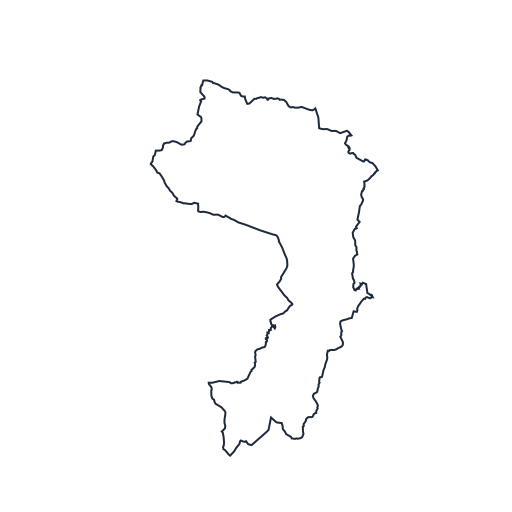 Stulpicani, Suceava, Romania (Equal Earth projection), rotated 49°
{"feature_id": "2599482B89985911923271", "entity_name": "Stulpicani", "entity_type": "district", "adm_level": 2, "iso_a3": "ROU", "parent_name": "Romania", "parent_adm1": "Suceava", "projection": "equal_earth", "projection_center": [25.775, 47.4], "detail": "fine", "context": "isolated", "style": "outline", "palette": "slate", "viewbox_px": 512, "rotation_deg": 49, "n_neighbors": 0, "source": "geoboundaries", "source_scale": "gbopen_adm2", "svg_char_len": 6151}
<svg xmlns="http://www.w3.org/2000/svg" viewBox="0 0 512 512"><g transform="rotate(49 256 256)"><path d="M389.7,406.5L389.1,400.6L387.8,396.7L387.0,391.8L385.4,389.6L385.3,388.5L387.6,387.4L389.1,386.1L389.2,385.0L392.9,385.4L395.8,383.4L395.7,362.8L395.4,360.5L387.7,350.6L394.4,349.8L395.8,349.1L398.9,346.2L401.5,347.3L404.3,349.3L407.7,349.4L410.2,350.1L415.4,348.3L417.1,348.7L419.6,346.5L420.3,345.0L421.4,344.3L422.7,341.8L423.0,340.0L421.4,336.9L419.3,335.7L415.5,332.6L415.6,331.4L414.1,330.4L413.3,327.0L411.8,324.7L411.9,322.3L413.9,320.0L414.4,319.1L414.3,318.2L413.3,316.3L413.4,314.7L414.0,313.6L412.5,312.2L411.5,309.5L410.4,309.0L409.9,307.8L408.9,307.1L405.3,306.2L401.2,305.9L398.9,304.9L397.9,302.7L398.8,299.5L398.0,298.0L396.6,296.3L395.5,294.2L394.0,293.1L393.4,291.2L392.6,291.1L389.7,288.1L389.5,287.0L390.2,286.5L390.5,285.4L386.4,279.9L385.0,277.0L383.1,274.6L380.8,270.4L379.2,268.6L377.3,267.5L374.7,264.1L374.6,263.8L375.6,263.0L375.4,262.3L376.1,261.0L378.2,258.7L378.9,257.3L379.4,255.2L379.3,254.7L380.4,251.4L380.3,249.5L379.8,248.5L378.2,247.0L372.2,245.3L372.0,243.9L369.3,241.4L369.2,240.4L367.4,239.8L362.3,237.0L360.8,235.1L361.5,232.6L363.6,228.5L364.0,227.0L365.6,224.4L361.8,218.6L364.3,216.6L363.6,215.2L362.2,214.3L360.9,211.9L359.4,205.8L359.0,202.4L359.9,201.8L359.4,200.3L359.7,199.3L362.6,197.8L362.9,197.5L363.0,195.4L363.7,194.9L361.5,194.2L361.0,194.4L361.2,195.0L360.9,195.2L359.6,195.3L357.0,196.2L349.4,191.3L346.2,193.0L346.9,194.7L345.4,195.3L346.9,196.3L347.3,197.0L347.1,197.4L347.3,197.9L346.9,197.9L346.8,198.3L347.4,199.5L347.9,199.7L347.3,200.1L347.9,200.4L347.6,201.1L346.9,201.3L346.7,202.4L347.4,203.3L346.5,204.0L343.3,203.1L341.0,200.8L340.9,199.3L338.6,197.9L336.7,197.7L332.2,194.9L331.7,193.1L330.7,192.4L328.8,189.9L326.6,187.8L321.7,184.5L320.8,181.2L321.3,178.5L319.9,177.9L319.2,177.1L317.5,176.5L315.3,174.4L313.0,174.0L309.3,171.0L305.6,170.2L301.9,167.8L300.3,163.6L301.1,162.4L301.1,161.7L299.5,161.3L298.2,155.4L295.1,155.6L290.4,149.4L286.4,144.8L286.3,143.1L284.3,138.7L283.3,137.9L280.7,137.5L278.7,136.4L276.9,133.9L277.0,133.3L276.6,133.0L276.8,132.4L276.1,131.3L276.3,130.7L275.5,130.3L275.5,129.7L274.7,128.4L274.0,128.2L273.7,127.5L270.8,125.6L271.9,123.0L272.1,121.4L272.0,118.2L271.6,116.9L271.8,114.1L271.3,112.9L271.6,112.2L271.0,111.0L271.2,110.3L270.9,109.2L271.3,107.9L266.6,107.0L262.0,107.2L260.6,108.3L258.8,108.8L257.3,108.8L255.2,109.7L255.3,110.4L254.8,110.6L255.5,112.6L255.0,113.1L247.9,115.7L244.6,114.8L242.8,115.3L242.0,115.1L240.7,117.0L240.6,117.7L239.3,118.4L238.4,118.3L237.7,117.7L237.3,115.8L235.6,115.3L235.8,114.6L234.4,114.9L234.1,114.2L231.0,115.1L229.3,114.9L228.3,112.1L225.8,108.8L226.0,107.0L227.3,105.7L227.6,104.9L223.0,104.7L221.2,105.2L218.5,111.9L214.2,113.5L211.1,117.0L206.9,119.0L203.9,122.6L201.0,124.5L192.4,118.1L183.6,114.4L183.5,116.4L183.0,117.9L180.7,119.8L173.4,123.8L171.7,126.9L169.6,129.3L167.7,130.5L166.9,132.0L166.2,132.5L164.3,133.1L159.5,132.1L156.5,132.5L154.0,134.9L153.7,135.6L152.5,135.6L151.0,136.5L150.5,137.7L149.0,139.6L146.8,140.7L145.4,143.2L146.0,144.1L145.9,144.5L145.6,144.8L144.0,144.5L142.2,145.0L141.4,146.6L139.1,148.3L138.6,150.0L137.8,151.1L137.5,152.8L136.3,154.1L136.6,160.9L135.4,162.8L130.3,161.1L128.3,159.8L126.6,161.6L125.5,162.2L122.1,161.5L121.3,161.8L117.2,166.3L114.7,167.3L114.0,167.0L111.8,167.6L108.5,169.8L106.3,170.8L102.2,171.8L97.9,174.3L97.5,174.9L95.8,174.8L91.6,177.6L89.3,180.2L89.0,180.7L91.4,184.2L91.3,184.9L91.8,185.0L91.6,185.6L92.5,187.5L93.0,187.6L93.3,188.2L95.8,190.5L102.0,190.4L103.4,191.5L101.6,195.5L101.9,196.0L103.3,196.0L105.8,200.8L110.8,207.3L115.1,206.4L116.4,206.9L118.6,208.8L119.8,215.4L121.0,216.6L120.8,217.3L121.6,219.4L124.4,223.9L124.6,227.5L126.3,229.8L125.5,231.4L124.4,232.7L124.2,235.0L124.8,236.6L124.5,237.3L123.0,239.3L117.8,241.2L115.1,243.1L114.2,244.2L113.5,247.2L112.3,248.6L111.2,250.5L111.2,251.1L110.8,251.4L111.6,253.7L113.1,255.1L114.2,257.7L113.2,259.6L110.7,262.5L113.1,265.6L113.5,266.5L113.5,268.2L116.6,272.0L117.0,272.9L116.9,273.7L117.5,275.1L120.8,274.8L125.6,275.1L128.3,275.8L130.3,274.6L133.7,274.9L138.6,275.8L140.6,276.8L145.0,277.6L147.8,277.5L150.2,278.0L153.4,277.7L156.9,278.4L161.0,277.8L161.4,278.0L162.3,280.0L163.3,279.7L165.6,277.8L169.1,275.9L169.8,274.7L171.1,273.9L174.6,270.5L175.3,267.7L178.5,265.4L178.9,266.0L180.5,266.8L184.1,270.2L184.9,270.0L186.8,268.6L188.0,266.7L191.0,264.3L193.6,262.6L196.8,261.2L199.9,257.5L204.4,255.7L205.5,254.8L205.8,253.5L205.5,252.5L210.4,250.7L211.2,250.7L214.3,248.9L218.9,247.4L225.6,243.3L239.4,236.0L251.3,228.8L253.1,227.4L254.4,227.0L256.7,227.4L259.3,228.5L259.8,229.1L266.7,230.7L273.3,233.1L277.5,234.3L280.0,235.6L283.8,238.6L285.3,241.1L288.4,251.0L289.7,251.9L290.7,254.8L291.3,258.9L293.6,259.6L304.2,260.4L308.2,260.0L310.7,260.6L314.3,260.0L316.2,260.1L316.5,260.7L316.0,262.7L316.3,264.7L317.4,268.1L317.0,270.1L317.2,273.3L316.1,275.4L314.5,280.6L313.5,286.9L314.3,287.4L314.5,288.0L315.8,288.2L317.0,289.0L318.9,289.5L319.3,288.6L320.7,287.8L320.9,287.2L322.4,288.1L323.0,289.3L320.7,289.2L319.7,290.0L320.2,292.3L321.5,293.3L321.6,293.7L320.4,294.8L322.5,297.0L321.3,297.7L323.0,299.3L323.0,300.0L325.3,300.5L325.6,301.0L325.5,301.6L324.6,302.0L324.5,302.5L325.1,303.1L326.7,302.9L327.2,303.3L327.6,304.0L327.4,305.0L328.8,306.2L330.0,307.9L330.3,308.7L330.1,309.8L329.2,311.2L328.4,314.4L327.4,316.1L327.4,318.8L328.1,319.9L330.7,321.4L331.2,322.6L335.7,325.7L335.7,327.0L337.3,327.9L338.6,329.4L338.9,330.2L339.0,334.1L339.8,334.7L339.9,336.2L343.0,343.1L342.2,346.8L341.0,349.9L341.5,350.6L341.1,351.3L340.0,352.3L339.9,352.8L338.7,352.6L338.3,353.0L338.2,354.1L337.4,354.8L337.2,356.3L335.8,358.2L333.6,358.9L326.3,365.7L323.0,372.1L320.6,374.8L321.6,375.5L325.4,375.7L327.2,376.5L328.5,378.3L332.3,381.4L334.9,382.5L337.0,382.0L339.2,383.1L341.1,383.4L347.7,381.3L352.8,381.3L353.7,381.6L354.8,382.4L358.7,387.0L361.1,389.2L363.9,390.5L365.6,392.4L366.0,394.7L365.9,396.9L367.6,397.0L371.2,399.1L375.9,402.5L378.0,404.9L378.6,406.3L380.4,407.3L382.4,406.7L387.9,406.8L389.7,406.5Z" fill="none" stroke="#1e293b" stroke-width="2"/></g></svg>